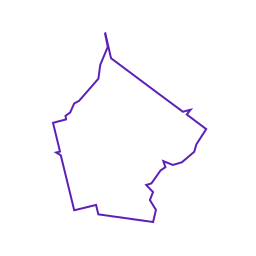 the district of Crawford, Georgia, United States of America, rotated 256°
{"feature_id": "52423323B69984552276574", "entity_name": "Crawford", "entity_type": "district", "adm_level": 2, "iso_a3": "USA", "parent_name": "United States of America", "parent_adm1": "Georgia", "projection": "robinson", "projection_center": [-83.966, 32.694], "detail": "fine", "context": "isolated", "style": "outline", "palette": "violet", "viewbox_px": 256, "rotation_deg": 256, "n_neighbors": 0, "source": "geoboundaries", "source_scale": "gbopen_adm2", "svg_char_len": 593}
<svg xmlns="http://www.w3.org/2000/svg" viewBox="0 0 256 256"><g transform="rotate(256 128 128)"><path d="M225.2,128.6L211.6,128.0L195.9,116.3L183.0,111.2L166.2,87.1L164.8,81.7L157.0,75.6L154.9,70.3L151.3,70.0L151.2,56.5L134.5,56.4L121.6,56.3L121.6,52.4L117.7,56.2L61.2,55.9L61.1,78.4L51.4,78.3L30.7,129.6L41.8,135.3L52.8,131.8L59.8,136.8L68.3,131.9L68.6,137.3L79.0,149.4L80.9,154.8L87.3,154.3L81.3,162.6L81.7,172.0L88.9,186.5L95.6,190.4L108.0,203.6L126.9,188.3L130.6,193.1L130.5,185.2L154.9,165.1L199.8,128.4L225.3,128.9L225.2,128.6Z" fill="none" stroke="#5b21b6" stroke-width="2"/></g></svg>